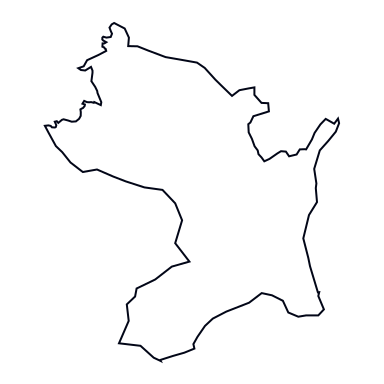 Mesana, Paphos, Cyprus (Natural Earth projection)
{"feature_id": "46923920B68327504416680", "entity_name": "Mesana", "entity_type": "district", "adm_level": 2, "iso_a3": "CYP", "parent_name": "Cyprus", "parent_adm1": "Paphos", "projection": "natural_earth1", "projection_center": [32.707, 34.845], "detail": "fine", "context": "isolated", "style": "outline", "palette": "ink", "viewbox_px": 384, "rotation_deg": 0, "n_neighbors": 0, "source": "geoboundaries", "source_scale": "gbopen_adm2", "svg_char_len": 2044}
<svg xmlns="http://www.w3.org/2000/svg" viewBox="0 0 384 384"><path d="M44.9,125.8L48.5,132.6L55.9,146.1L62.2,152.1L70.5,162.5L82.8,172.0L97.0,169.5L113.1,176.5L125.8,181.4L144.4,187.4L162.5,189.9L175.2,203.3L182.1,220.3L175.2,243.2L189.4,261.6L171.8,266.6L155.2,279.5L136.6,288.5L135.1,296.5L126.8,304.4L128.7,320.9L119.0,343.3L140.5,345.8L153.7,357.7L159.9,360.6L160.7,361.0L160.2,360.0L173.1,355.9L184.3,352.7L194.4,348.6L193.4,344.1L197.5,336.8L205.0,325.9L212.8,318.6L226.3,311.6L249.1,302.7L261.7,293.1L272.0,295.3L282.9,300.8L288.3,312.5L298.3,316.7L306.1,315.4L318.3,315.4L323.9,309.4L318.3,296.0L319.2,292.2L317.9,292.4L310.0,266.2L308.3,257.9L303.3,238.4L309.0,215.0L317.0,202.1L315.8,188.1L316.4,183.5L314.2,168.9L319.8,150.4L328.2,141.0L335.8,131.7L339.1,123.2L338.0,118.6L334.2,123.7L325.7,118.9L320.4,124.4L314.6,132.9L311.9,139.5L306.1,149.4L304.5,149.2L299.8,149.4L296.6,154.5L289.1,156.3L285.9,151.6L281.0,151.2L277.4,153.4L269.5,158.9L264.3,161.3L261.5,157.4L258.5,154.2L257.7,150.4L254.6,146.3L251.9,138.8L248.7,132.4L248.3,124.2L250.4,122.5L253.4,116.2L268.9,111.4L268.2,103.2L261.5,102.9L254.4,94.9L254.4,87.4L248.7,88.4L239.4,90.2L232.0,95.9L221.4,85.6L215.3,79.6L204.7,67.9L197.0,62.6L180.1,59.6L165.6,57.1L148.3,50.6L137.5,46.3L128.2,46.1L128.9,37.6L124.7,28.5L114.1,23.0L111.7,24.4L109.5,27.6L110.8,31.1L112.0,33.7L110.7,37.0L106.4,37.6L103.3,36.7L102.4,37.6L102.3,39.5L103.2,40.5L106.3,42.2L104.4,43.4L102.6,43.4L102.4,46.7L104.3,47.5L104.8,48.6L105.7,49.0L106.2,50.9L98.2,55.1L87.1,60.2L83.7,66.3L78.3,68.2L80.9,70.0L85.2,70.5L91.0,66.9L92.5,70.6L92.5,72.8L91.4,81.2L95.2,86.9L97.2,91.0L97.5,93.0L101.3,102.2L100.8,105.1L94.2,102.0L93.8,102.8L91.1,102.1L89.1,102.3L86.9,102.1L84.2,100.9L82.5,103.7L84.9,104.5L84.6,106.1L83.0,108.0L81.7,108.6L80.4,109.4L80.8,112.1L80.7,115.9L79.1,118.8L75.9,121.4L71.7,121.7L68.1,120.5L63.6,119.3L62.0,119.8L61.4,120.3L58.3,122.9L56.8,121.2L54.8,121.7L56.3,125.2L55.8,127.0L54.9,127.5L51.9,127.3L50.7,125.9L48.4,125.4L44.9,125.8Z" fill="none" stroke="#020617" stroke-width="2"/></svg>